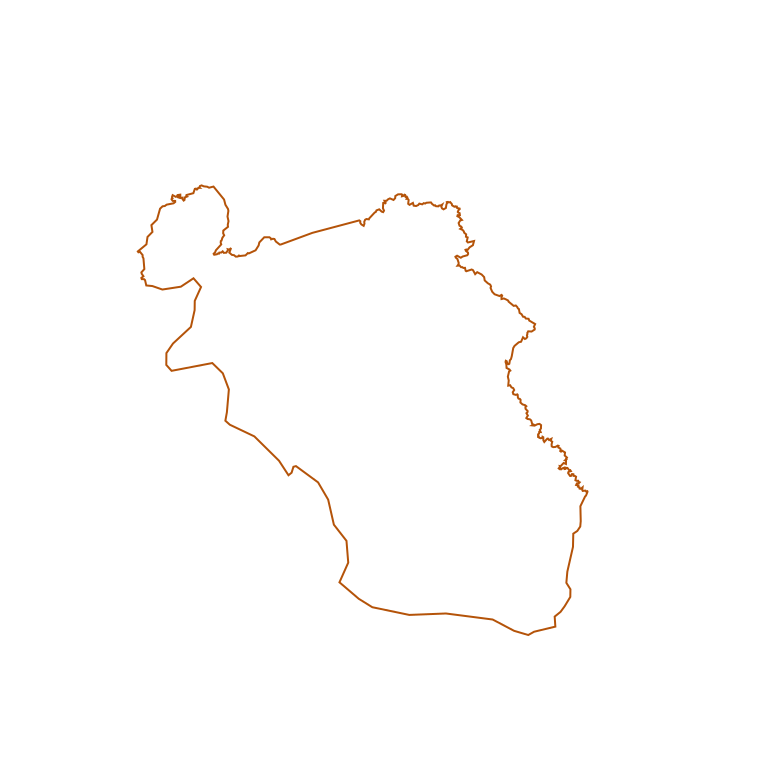 Krachi East Municipal, Volta, Ghana, rotated 308°
{"feature_id": "2480657B4921606442052", "entity_name": "Krachi East Municipal", "entity_type": "district", "adm_level": 2, "iso_a3": "GHA", "parent_name": "Ghana", "parent_adm1": "Volta", "projection": "orthographic", "projection_center": [0.372, 7.806], "detail": "fine", "context": "isolated", "style": "outline", "palette": "amber", "viewbox_px": 768, "rotation_deg": 308, "n_neighbors": 0, "source": "geoboundaries", "source_scale": "gbopen_adm2", "svg_char_len": 6165}
<svg xmlns="http://www.w3.org/2000/svg" viewBox="0 0 768 768"><g transform="rotate(308 384 384)"><path d="M557.5,317.5L556.1,315.5L556.3,314.2L555.5,313.7L555.5,311.0L556.0,309.2L552.9,305.8L551.5,305.3L551.0,304.0L549.1,303.5L547.9,300.8L546.1,300.8L544.0,299.7L542.8,297.6L544.5,295.3L540.9,293.8L540.9,292.1L544.2,290.1L544.6,288.6L543.9,287.9L545.4,287.5L545.6,286.7L544.7,286.6L544.7,285.6L546.0,284.3L545.8,283.6L544.3,283.6L543.0,282.6L544.3,281.9L544.4,281.1L542.1,278.3L539.1,277.2L537.3,278.4L534.9,278.2L533.9,274.4L532.1,273.5L529.9,273.2L528.7,271.6L527.7,273.8L527.1,273.7L527.1,272.5L526.2,271.9L521.8,275.0L520.6,277.3L518.9,277.5L518.4,276.1L518.7,272.7L516.2,271.2L514.4,271.6L513.5,271.1L505.5,270.4L504.4,270.7L503.2,268.6L501.8,268.0L499.6,268.6L498.3,269.9L496.1,270.6L495.8,267.9L496.4,266.0L497.7,265.1L497.7,263.8L459.0,234.5L430.4,216.8L429.7,216.0L429.7,211.0L430.8,208.4L430.1,207.1L428.5,206.0L429.1,205.0L429.1,203.4L425.9,199.3L418.8,198.6L416.0,199.9L410.3,200.5L403.7,197.1L403.4,196.1L400.1,195.7L395.8,191.3L395.9,190.6L394.4,190.3L393.1,188.7L393.2,186.6L392.1,184.6L392.3,181.2L397.0,179.8L394.6,179.3L394.0,177.9L393.5,178.6L390.4,178.9L388.7,177.0L389.2,175.2L387.5,174.9L386.1,173.3L385.1,173.7L384.3,172.6L383.4,172.5L381.3,170.6L381.7,169.6L384.1,169.8L385.8,169.2L393.8,169.8L394.8,168.3L396.2,167.4L396.9,167.7L399.8,166.6L402.8,166.5L403.7,164.5L406.0,162.9L411.8,164.3L413.2,162.9L416.6,161.2L419.6,157.6L424.6,154.8L425.9,153.3L427.6,148.7L430.9,144.4L434.6,128.1L431.0,125.3L430.6,123.2L428.8,120.3L428.2,118.0L426.7,117.1L425.1,117.5L425.1,118.0L424.2,116.9L422.3,117.0L421.9,116.6L422.2,115.5L421.3,114.8L417.0,116.3L411.3,112.0L410.2,112.5L410.3,113.3L408.5,112.2L406.1,113.5L405.2,113.2L405.7,111.3L406.8,110.5L405.1,109.0L404.4,107.0L406.1,106.7L406.6,107.9L407.8,106.9L405.8,105.0L404.1,105.2L403.3,104.7L402.7,101.2L400.9,101.8L400.2,102.9L399.7,102.5L398.8,102.8L398.2,104.7L399.7,106.7L398.9,107.4L396.8,106.9L391.5,102.3L389.3,101.7L387.7,100.1L384.3,99.6L373.8,103.9L366.0,102.9L361.3,107.9L354.3,107.1L347.8,110.8L336.9,108.4L336.6,109.4L337.9,110.4L337.0,114.4L335.6,115.5L334.9,117.1L327.0,124.4L322.6,124.1L321.7,125.2L320.8,128.1L318.2,127.5L317.5,128.6L318.9,130.4L318.7,131.8L315.3,136.0L318.6,141.2L322.0,151.2L335.6,164.0L350.0,168.8L347.8,180.1L333.0,183.7L325.6,189.3L310.1,196.7L286.0,192.8L274.4,193.5L265.0,200.7L263.6,208.5L294.8,235.8L293.2,250.4L284.2,265.1L265.0,277.6L257.4,281.6L257.0,287.6L262.9,314.1L258.9,348.5L253.3,364.9L257.2,365.8L263.0,363.6L265.1,365.2L265.9,392.6L258.5,411.2L242.3,431.1L237.3,451.0L221.2,465.8L200.3,471.0L199.2,496.4L200.9,512.2L217.6,546.1L241.3,574.1L265.3,614.6L269.6,638.5L275.0,652.2L281.2,654.8L298.3,668.4L305.8,661.7L313.1,663.4L320.0,663.2L330.9,661.9L337.0,657.3L339.6,650.1L349.0,644.0L372.0,633.2L382.6,625.3L387.2,626.8L392.5,626.4L397.0,623.5L408.6,614.0L419.2,611.7L420.4,611.9L424.4,610.7L424.7,610.2L423.7,609.4L424.0,608.4L422.1,606.4L422.6,605.4L424.8,604.1L422.7,603.7L422.2,603.1L422.0,602.4L422.9,601.8L422.5,600.1L423.7,599.7L422.7,597.6L424.4,597.2L425.7,598.6L427.0,598.7L426.7,597.5L427.3,596.6L426.3,595.4L426.0,594.1L429.2,592.4L429.0,590.8L428.3,589.9L429.5,588.8L428.8,587.6L426.6,587.9L426.1,587.2L427.1,584.0L428.0,583.5L428.8,583.7L430.4,584.9L430.8,583.7L430.1,583.0L430.8,580.2L430.3,579.5L428.8,579.3L428.1,578.6L428.4,578.2L429.4,578.5L429.6,577.9L427.2,576.4L425.9,576.2L425.0,574.9L425.1,573.6L426.3,573.7L426.5,574.2L427.5,573.0L427.8,573.7L432.4,574.2L433.0,576.6L435.6,574.7L435.3,573.6L437.3,574.1L437.5,573.4L438.7,573.4L438.9,570.4L441.5,568.8L441.1,565.3L439.7,565.1L439.7,564.1L440.7,563.9L441.7,562.7L441.3,560.6L441.6,559.9L442.7,559.7L442.5,558.9L439.9,557.8L438.4,556.2L438.1,554.6L439.6,553.2L442.1,552.1L442.0,550.3L443.8,549.6L441.5,548.5L441.9,546.7L441.4,546.3L437.0,546.0L437.7,544.3L440.1,542.3L440.0,541.4L439.0,541.9L437.7,540.9L437.2,539.4L437.9,538.2L436.5,538.5L439.2,536.4L440.4,536.7L441.8,535.8L442.6,537.0L443.8,535.0L445.5,535.1L448.3,533.1L448.3,531.1L446.7,529.6L443.9,528.3L442.6,526.2L444.1,526.8L443.8,525.3L445.9,522.4L446.0,520.7L444.8,518.6L444.8,517.1L447.7,516.8L448.7,514.2L450.1,514.4L451.1,513.9L451.6,510.8L452.9,509.6L454.1,509.8L454.2,508.3L453.2,505.7L453.4,502.9L455.6,501.4L455.9,500.2L455.3,499.1L455.7,497.9L457.8,496.0L457.9,495.4L456.6,494.6L455.6,492.2L456.8,490.5L459.4,490.3L460.3,488.4L459.8,486.5L460.7,484.2L459.2,482.9L463.6,480.1L466.0,477.1L471.0,474.8L472.3,475.3L472.7,473.9L472.1,470.7L474.6,468.5L476.2,466.2L477.3,465.7L477.5,466.6L476.3,468.3L476.1,469.4L476.4,470.1L477.1,470.3L480.2,468.6L481.8,468.7L484.5,467.6L491.9,463.7L494.4,463.4L499.8,464.5L501.7,466.0L506.4,464.8L506.2,467.3L507.7,468.0L509.4,467.9L510.4,466.6L511.8,466.2L512.4,465.5L514.3,465.2L516.2,468.0L519.7,469.2L520.7,468.5L521.3,466.9L524.3,466.2L523.4,459.4L524.4,457.8L522.9,455.4L523.5,453.5L522.6,452.2L523.7,449.4L523.5,447.1L526.1,444.2L526.0,443.0L526.7,441.6L527.0,439.5L525.4,438.1L525.6,431.4L526.2,430.5L525.8,428.1L525.2,425.8L523.3,424.3L524.7,423.1L526.3,422.8L526.6,421.8L524.4,420.8L522.8,415.9L523.3,412.5L525.3,408.8L526.8,408.3L527.7,406.5L527.3,403.8L527.6,399.6L529.9,397.1L530.4,393.5L529.5,388.6L526.7,388.2L528.5,384.1L528.2,382.6L523.5,379.4L523.5,378.6L525.4,376.3L524.3,375.1L524.3,373.8L523.5,372.8L523.9,370.6L522.5,369.1L524.2,369.0L525.4,368.3L527.7,364.9L527.8,362.7L528.3,361.9L530.1,362.6L530.8,366.8L532.9,367.5L536.8,370.4L538.3,370.2L539.3,369.2L539.3,366.6L539.9,365.6L540.7,366.1L541.2,367.3L544.4,367.3L548.1,368.6L552.1,366.9L547.2,363.0L547.4,361.4L551.0,359.7L550.5,357.9L552.5,356.6L552.6,354.0L553.4,353.0L553.8,351.2L553.2,348.6L555.1,349.1L555.6,348.0L555.2,346.1L556.8,343.7L559.8,343.4L561.2,344.4L561.8,340.6L561.4,338.5L562.4,338.1L563.8,339.8L565.2,338.4L564.8,337.0L565.0,336.2L567.1,335.6L568.3,336.0L568.8,335.6L567.7,333.1L567.9,332.3L568.6,332.1L567.9,330.7L567.0,330.3L566.7,327.7L567.6,326.6L568.1,324.1L567.0,323.4L566.9,322.3L566.0,321.5L565.2,322.4L564.0,322.6L560.8,324.4L558.3,323.4L558.1,321.6L559.0,320.0L561.2,319.4L560.0,319.0L558.5,317.5L557.5,317.5Z" fill="none" stroke="#b45309" stroke-width="2"/></g></svg>